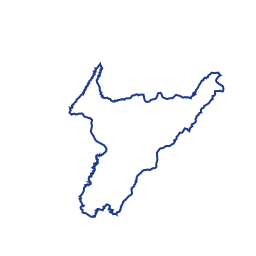 the district of Dan Sai, Loei, Thailand, rotated 213°
{"feature_id": "78962969B41697678812601", "entity_name": "Dan Sai", "entity_type": "district", "adm_level": 2, "iso_a3": "THA", "parent_name": "Thailand", "parent_adm1": "Loei", "projection": "robinson", "projection_center": [101.262, 17.217], "detail": "fine", "context": "isolated", "style": "outline", "palette": "blue", "viewbox_px": 256, "rotation_deg": 213, "n_neighbors": 0, "source": "geoboundaries", "source_scale": "gbopen_adm2", "svg_char_len": 5797}
<svg xmlns="http://www.w3.org/2000/svg" viewBox="0 0 256 256"><g transform="rotate(213 128 128)"><path d="M120.5,32.7L119.5,32.4L117.2,33.5L111.0,33.4L109.5,34.1L109.3,35.0L108.5,34.8L107.8,35.2L107.5,35.8L108.1,36.7L107.9,37.8L108.4,38.3L108.3,39.0L108.9,39.3L108.4,39.9L108.4,40.6L109.2,41.0L108.7,41.2L108.6,41.9L109.7,41.8L109.3,42.3L109.5,43.4L108.4,44.1L106.0,44.6L105.2,45.4L104.4,45.4L104.6,46.9L104.2,47.9L105.6,48.7L104.6,49.6L104.3,50.5L104.5,51.9L103.8,52.6L100.8,52.8L100.2,51.9L100.1,49.7L99.8,49.2L98.7,50.1L96.0,50.9L95.7,48.7L97.0,48.7L97.4,47.9L96.2,47.8L94.7,48.3L93.6,47.6L91.8,49.2L90.9,49.2L91.2,49.4L90.8,50.7L91.2,51.4L89.6,53.1L90.0,54.5L89.7,54.8L90.0,55.3L89.9,55.7L91.0,58.0L90.7,58.2L91.2,59.4L91.1,60.8L91.8,63.0L91.5,63.7L91.8,64.0L91.5,65.7L91.0,66.2L90.2,71.4L89.3,73.0L88.8,74.8L89.4,76.0L91.6,78.2L91.5,78.8L92.2,79.4L91.1,82.7L91.8,83.5L91.4,85.1L92.0,86.4L91.8,87.0L92.3,87.4L92.0,87.8L92.8,88.2L92.5,89.1L93.9,91.3L94.0,93.3L92.7,97.5L92.7,99.2L91.6,101.6L90.2,102.4L89.0,103.9L87.3,104.3L86.9,105.0L86.3,105.2L86.1,106.6L85.4,107.1L85.0,108.1L83.4,109.1L83.0,110.8L84.9,113.6L85.9,117.1L90.3,123.0L90.0,127.7L89.7,128.6L87.7,130.2L86.3,133.6L83.2,135.5L82.5,137.7L81.2,139.9L81.3,142.4L82.3,142.4L82.6,142.8L81.3,145.2L82.5,147.2L81.9,148.7L82.1,152.1L80.8,152.9L79.9,154.2L80.2,158.6L78.2,159.0L77.7,159.5L75.9,158.7L74.9,158.7L75.9,161.8L75.0,164.4L76.3,165.0L76.4,166.1L75.4,167.3L74.5,169.9L75.1,171.1L76.2,172.1L76.2,173.9L76.7,174.4L76.8,175.2L76.6,176.5L75.9,177.3L76.5,178.8L75.1,181.0L75.6,181.2L76.7,183.0L76.8,184.7L75.9,185.4L75.6,186.1L76.1,188.3L75.6,188.7L73.7,192.7L73.6,197.4L72.9,197.7L72.7,198.3L74.5,200.8L73.4,202.0L73.2,203.5L74.9,206.0L75.0,206.6L72.5,207.9L71.4,209.2L69.0,209.9L68.4,210.6L68.9,212.2L70.6,214.3L72.0,214.8L72.6,214.5L74.0,214.8L75.5,214.3L77.1,214.9L77.8,214.6L79.9,215.6L80.4,216.9L80.2,220.0L79.1,222.7L81.0,222.8L82.3,223.6L82.7,222.9L83.6,222.7L85.9,220.8L88.0,219.9L88.2,218.0L88.8,217.2L89.1,215.9L89.1,214.9L88.7,214.5L88.7,213.9L89.7,213.0L89.6,212.3L90.8,212.2L91.3,210.8L90.9,209.5L91.2,209.3L91.1,208.7L91.8,208.0L91.9,206.8L91.6,204.9L91.8,202.2L91.3,200.5L91.6,196.2L91.1,195.3L91.6,193.9L91.0,194.2L91.1,193.3L90.6,193.2L90.8,192.9L91.7,192.9L91.4,192.4L90.8,192.7L90.6,192.2L90.2,192.4L90.7,191.0L91.6,191.2L91.3,190.5L92.2,187.6L91.7,187.2L95.0,186.2L95.4,185.4L97.0,185.0L98.3,183.5L102.2,183.1L105.8,181.9L106.9,177.2L108.4,176.5L111.0,173.5L115.5,172.7L116.4,173.0L118.9,175.1L120.0,175.1L120.4,174.5L121.5,173.9L121.6,173.2L120.6,169.5L120.7,167.7L124.1,164.0L124.7,161.6L125.6,160.6L127.1,159.8L128.8,160.3L129.9,161.1L131.1,162.2L131.4,162.9L131.9,163.0L133.1,164.4L135.5,163.0L137.1,161.0L138.0,161.4L138.9,161.1L139.3,160.4L140.1,159.9L140.3,159.1L142.2,157.3L142.1,154.7L142.3,154.2L145.5,152.0L146.4,150.9L146.4,149.8L148.4,149.3L148.6,148.6L149.3,148.3L150.1,147.1L151.6,146.1L151.7,144.9L153.7,144.2L153.6,142.9L154.6,142.8L155.0,142.0L157.3,141.8L158.7,142.7L159.9,142.0L161.9,142.1L163.3,140.7L165.0,140.2L165.3,139.8L166.5,139.9L166.1,140.4L166.4,140.9L167.2,141.4L169.3,141.3L169.6,143.2L170.4,142.9L171.1,143.4L171.5,144.0L172.3,144.3L173.2,145.6L173.3,146.2L177.5,148.9L178.6,149.2L180.3,151.0L180.0,152.1L180.4,152.4L180.3,154.0L181.4,155.4L181.2,156.0L180.1,156.1L180.2,156.6L180.5,157.3L182.1,158.8L182.1,159.2L181.2,159.7L181.8,161.1L182.7,161.5L182.3,162.1L182.8,162.6L181.9,163.6L182.5,164.4L184.2,164.8L184.4,165.4L185.3,165.5L186.2,166.5L186.6,161.0L187.0,160.4L187.6,160.2L186.7,159.5L186.8,158.2L186.1,157.8L187.1,156.9L186.0,156.6L186.4,155.2L185.1,154.8L185.8,153.2L185.4,152.3L185.8,151.2L185.7,150.7L185.1,150.5L185.6,148.8L185.2,148.3L186.0,146.1L185.1,144.9L185.6,144.4L185.2,143.6L185.6,143.4L185.1,142.9L185.3,142.2L184.8,141.3L185.5,140.6L185.6,139.4L184.9,139.1L185.0,138.8L185.4,138.8L185.4,138.4L184.6,137.3L185.1,136.5L184.7,136.3L185.0,135.2L184.5,134.8L184.4,134.1L184.9,133.4L184.2,133.2L184.4,132.7L184.0,131.7L184.7,131.5L185.4,129.7L185.4,127.6L185.9,126.7L185.7,126.2L186.5,124.2L186.4,122.9L185.8,122.1L186.6,120.4L186.5,117.9L187.2,117.4L186.9,117.0L187.2,116.0L185.8,115.2L185.7,114.7L186.4,114.4L186.9,113.4L187.4,113.3L186.8,112.9L186.8,112.2L185.7,111.7L185.4,109.0L182.5,108.5L182.0,109.7L180.6,110.9L179.2,110.8L178.7,111.6L177.9,111.9L177.0,113.4L175.9,113.8L174.7,115.1L173.4,115.1L172.0,114.2L170.4,113.8L167.1,115.0L166.0,115.0L164.6,115.8L164.1,115.4L162.7,115.3L162.2,114.6L161.3,111.8L160.0,111.0L159.2,109.9L157.4,105.0L155.1,103.5L152.8,102.7L149.1,100.3L147.0,99.8L138.4,100.5L134.9,99.0L133.7,97.0L134.0,96.4L133.8,95.3L134.5,94.0L134.6,92.4L135.4,91.8L135.3,90.7L135.7,90.1L136.7,89.9L136.5,89.6L136.8,89.3L137.1,89.7L137.1,89.0L137.6,89.3L138.3,88.7L139.0,88.7L139.5,87.3L138.6,86.6L138.6,85.9L138.1,86.0L137.6,85.6L137.4,84.8L136.4,85.0L136.5,84.6L136.0,84.7L135.5,83.9L135.6,83.1L134.7,82.8L134.3,82.3L134.7,81.7L134.4,81.4L134.5,80.7L135.5,81.6L135.7,80.7L136.5,80.5L136.7,80.0L136.4,80.0L136.9,79.6L135.9,78.6L135.5,78.8L135.6,78.4L135.2,78.6L135.0,77.7L135.7,76.4L135.5,75.9L135.7,75.7L135.9,76.2L136.2,75.4L134.4,75.4L134.0,76.0L133.2,75.2L133.2,74.7L132.9,74.4L132.7,74.7L132.8,74.0L133.4,73.5L134.3,72.9L134.7,73.1L133.9,72.6L133.0,72.5L133.0,72.0L132.5,71.6L132.7,70.0L133.2,70.4L134.1,70.0L134.1,69.6L133.5,69.6L133.4,67.9L132.8,68.0L132.3,67.5L133.1,66.3L134.7,65.7L133.9,65.6L133.2,63.7L131.4,62.8L131.2,62.4L131.8,61.5L129.8,62.1L129.3,61.8L128.8,60.4L129.6,60.0L130.0,58.6L131.0,58.9L131.3,57.6L132.5,57.3L132.8,56.9L131.7,56.3L132.4,54.1L131.0,51.5L130.6,49.4L130.6,46.6L131.2,44.2L130.4,44.2L129.1,43.4L129.1,42.7L129.8,42.2L128.4,41.4L128.2,40.8L127.6,40.8L123.7,38.4L122.8,38.8L122.8,38.1L124.5,36.9L124.5,35.7L124.2,35.1L122.7,34.4L121.5,34.6L120.5,32.7Z" fill="none" stroke="#1e3a8a" stroke-width="2"/></g></svg>